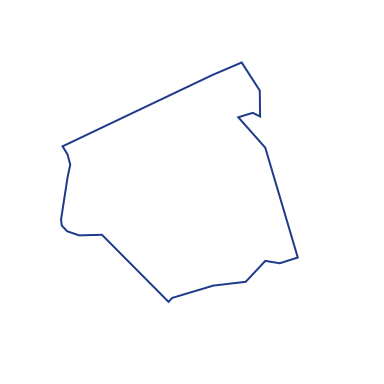 the district of Akaltin, Sirdaryo, Uzbekistan, rotated 140°
{"feature_id": "79887680B92810274159920", "entity_name": "Akaltin", "entity_type": "district", "adm_level": 2, "iso_a3": "UZB", "parent_name": "Uzbekistan", "parent_adm1": "Sirdaryo", "projection": "robinson", "projection_center": [68.339, 40.545], "detail": "fine", "context": "isolated", "style": "outline", "palette": "blue", "viewbox_px": 384, "rotation_deg": 140, "n_neighbors": 0, "source": "geoboundaries", "source_scale": "gbopen_adm2", "svg_char_len": 457}
<svg xmlns="http://www.w3.org/2000/svg" viewBox="0 0 384 384"><g transform="rotate(140 192 192)"><path d="M261.8,310.2L263.2,300.8L267.7,291.2L277.8,283.3L309.9,255.2L313.3,250.1L312.9,242.2L306.3,231.3L288.5,217.1L280.6,123.0L275.2,123.6L236.0,106.7L208.6,88.7L180.1,92.1L170.6,81.0L156.7,75.3L153.1,73.8L107.4,178.8L108.5,219.5L94.6,213.6L91.3,206.1L74.9,226.1L70.7,259.3L101.4,268.6L261.8,310.2Z" fill="none" stroke="#1e3a8a" stroke-width="2"/></g></svg>